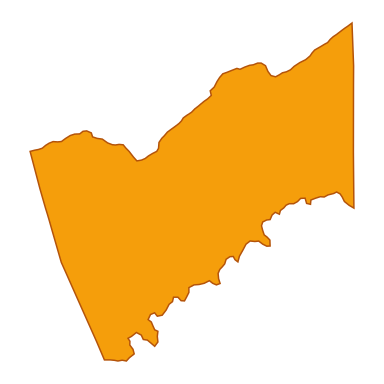 Itaocara, Rio de Janeiro, Brazil (Natural Earth projection)
{"feature_id": "56859067B49021626071663", "entity_name": "Itaocara", "entity_type": "district", "adm_level": 2, "iso_a3": "BRA", "parent_name": "Brazil", "parent_adm1": "Rio de Janeiro", "projection": "natural_earth1", "projection_center": [-42.077, -21.729], "detail": "fine", "context": "isolated", "style": "filled", "palette": "amber", "viewbox_px": 384, "rotation_deg": 0, "n_neighbors": 0, "source": "geoboundaries", "source_scale": "gbopen_adm2", "svg_char_len": 2485}
<svg xmlns="http://www.w3.org/2000/svg" viewBox="0 0 384 384"><path d="M86.7,130.9L83.0,131.3L79.7,133.9L74.7,134.1L70.3,135.5L65.5,138.5L61.5,141.5L57.7,141.9L53.1,141.6L49.1,143.2L45.6,145.4L42.3,148.2L38.4,149.5L34.7,150.2L30.1,151.4L39.9,188.6L45.5,208.1L47.4,214.2L49.0,219.6L52.5,231.9L61.3,262.4L65.6,272.0L76.8,297.2L88.3,323.0L96.7,341.8L104.4,359.9L110.1,359.9L114.4,360.3L117.9,361.0L122.2,360.2L126.4,361.0L129.4,357.7L134.2,353.9L133.0,349.3L129.8,345.0L129.9,341.2L128.0,338.3L131.5,336.4L136.4,332.5L141.3,335.1L143.3,339.5L147.4,340.1L151.3,343.4L154.7,346.3L157.9,342.0L157.3,336.4L157.9,331.3L154.7,329.8L152.8,325.6L151.3,322.0L148.1,319.6L150.5,314.5L154.6,312.8L157.3,316.2L162.2,315.2L166.1,310.1L169.1,304.3L172.5,301.6L173.5,297.2L177.9,297.2L181.1,300.7L184.5,300.9L186.5,297.2L188.9,292.4L188.9,287.6L194.0,284.9L199.1,284.5L204.2,283.3L209.4,280.7L212.7,283.3L216.4,284.9L220.1,283.5L218.6,278.7L218.1,273.4L219.8,269.4L222.3,266.8L224.7,263.9L226.1,259.3L229.9,256.7L233.3,256.5L235.0,259.7L237.9,261.9L239.4,256.3L243.0,249.9L246.0,244.2L250.1,241.0L254.9,241.5L258.7,241.1L262.8,244.2L266.8,246.2L270.1,246.0L269.9,240.1L267.1,237.1L264.2,234.9L262.7,230.5L261.5,225.8L262.7,222.0L266.6,220.0L270.1,219.6L272.1,215.0L275.2,212.3L279.4,214.2L280.4,210.5L283.8,207.9L286.1,205.2L289.2,203.7L293.7,203.7L297.5,201.6L300.6,198.4L305.1,198.2L306.6,203.4L310.5,204.3L310.9,200.0L315.6,198.2L320.3,196.7L324.2,197.0L328.1,194.9L333.7,193.5L336.6,192.0L340.1,193.9L342.2,197.0L344.4,201.5L349.1,205.3L353.9,208.1L353.4,152.3L353.5,84.9L353.6,65.9L352.0,23.0L347.6,26.3L344.9,28.1L341.8,30.4L336.2,34.7L333.2,36.7L330.3,39.3L327.6,42.6L324.6,44.2L320.3,46.8L314.7,50.0L312.2,52.8L310.1,55.9L305.6,59.7L299.8,62.6L294.2,66.3L290.5,69.8L286.4,71.8L282.4,72.8L279.5,74.7L275.6,76.8L271.0,75.6L267.9,71.4L265.5,65.7L261.2,63.1L257.6,63.1L253.3,64.8L249.6,65.3L244.7,67.1L240.0,69.3L236.9,68.4L232.0,70.3L226.8,72.4L222.8,73.8L219.7,77.4L217.1,81.4L214.2,87.1L210.2,90.8L211.3,95.4L207.6,98.9L204.4,101.1L201.3,103.6L198.3,106.2L195.0,108.7L191.5,112.3L186.7,115.4L183.3,117.9L181.4,121.0L179.1,123.4L175.2,126.4L171.6,129.0L167.4,132.1L164.2,135.9L161.8,138.3L159.0,142.4L158.5,148.4L156.7,151.4L152.5,153.5L148.5,155.9L145.2,158.5L141.5,160.1L136.9,160.9L133.5,157.1L129.1,151.4L125.8,148.0L123.2,144.8L119.1,144.4L115.4,145.0L112.3,144.7L107.6,142.9L102.3,139.1L97.2,138.4L92.6,136.9L91.3,132.9L86.7,130.9Z" fill="#f59e0b" stroke="#b45309" stroke-width="1.5"/></svg>